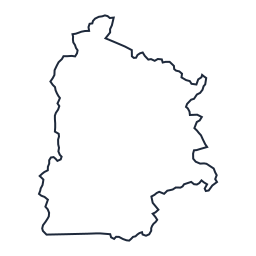 outline of Socorro, São Paulo, Brazil
{"feature_id": "56859067B26049884492789", "entity_name": "Socorro", "entity_type": "district", "adm_level": 2, "iso_a3": "BRA", "parent_name": "Brazil", "parent_adm1": "São Paulo", "projection": "robinson", "projection_center": [-46.516, -22.599], "detail": "fine", "context": "isolated", "style": "outline", "palette": "slate", "viewbox_px": 256, "rotation_deg": 0, "n_neighbors": 0, "source": "geoboundaries", "source_scale": "gbopen_adm2", "svg_char_len": 2650}
<svg xmlns="http://www.w3.org/2000/svg" viewBox="0 0 256 256"><path d="M169.7,61.9L165.4,61.9L162.7,62.5L161.8,59.4L157.8,59.0L154.7,60.8L151.0,59.1L148.3,59.6L144.8,55.9L142.7,52.5L140.0,53.3L137.5,55.0L136.1,57.7L133.8,57.9L131.9,56.3L131.8,50.1L124.9,46.5L115.8,42.6L105.5,38.3L110.1,32.5L110.1,29.1L111.9,25.3L113.7,17.6L109.8,18.0L107.6,16.1L104.9,15.4L102.3,16.3L98.8,16.8L95.1,18.6L93.0,20.9L92.3,23.4L89.6,23.8L88.5,27.1L89.1,30.9L85.0,31.0L81.4,31.7L78.7,32.7L75.8,33.7L72.5,34.2L73.1,36.7L72.9,39.2L73.3,42.4L75.0,45.0L76.0,48.0L77.6,50.3L77.0,53.3L75.1,56.4L71.8,55.9L67.2,56.2L63.5,56.2L61.9,59.1L58.6,62.2L56.9,65.4L54.6,70.2L54.4,75.0L52.7,78.2L50.4,81.5L52.7,84.8L55.0,87.1L55.6,90.3L56.9,93.3L58.4,96.0L59.9,98.0L58.8,100.7L57.5,103.4L59.3,106.1L58.1,109.6L55.9,112.8L54.9,115.6L54.9,119.0L55.2,123.3L55.2,127.5L54.9,131.6L58.7,133.8L59.0,136.5L58.1,139.6L58.2,144.4L59.0,147.8L58.4,151.4L59.8,154.8L61.6,156.7L60.7,159.4L57.4,160.9L55.6,158.8L53.6,157.1L50.9,157.5L49.2,160.2L49.2,163.6L47.9,166.8L47.8,170.3L44.4,172.0L42.2,173.7L39.7,176.0L41.8,178.0L43.4,179.6L43.0,182.4L42.5,185.1L40.7,188.4L40.2,190.8L39.0,193.9L41.3,195.7L44.5,196.9L47.9,199.7L46.8,202.8L45.4,206.7L47.7,209.3L49.1,212.8L48.8,216.4L47.6,218.6L45.6,221.7L43.0,225.2L42.2,228.4L42.9,230.9L46.5,234.6L61.2,234.3L66.2,234.2L88.0,233.7L96.2,233.4L100.1,233.4L110.2,234.2L111.1,237.3L114.1,238.9L116.1,236.8L119.0,236.9L122.9,239.0L126.5,240.3L129.2,240.6L131.2,238.8L133.0,236.9L135.5,236.3L137.4,234.5L139.4,233.1L142.0,232.2L142.6,234.5L146.0,235.7L149.2,234.3L151.2,230.8L151.2,228.2L152.1,225.9L153.5,223.8L155.6,222.0L157.2,219.8L155.5,217.1L152.7,213.7L155.4,212.4L158.4,209.7L152.7,202.8L151.9,199.1L151.4,196.5L154.4,194.9L156.7,193.0L159.2,191.8L164.1,193.8L167.3,190.7L170.2,190.1L172.7,189.5L175.8,187.5L180.5,187.6L182.6,186.4L184.0,184.3L191.2,181.9L194.0,184.2L196.9,184.5L199.3,183.1L201.5,180.4L203.8,182.3L207.1,184.3L204.7,188.6L205.8,191.0L208.7,190.5L212.3,185.5L217.0,182.0L215.2,179.1L216.7,175.2L215.2,172.4L213.7,168.5L206.5,163.8L204.1,163.4L200.1,163.6L195.7,161.7L193.2,158.7L193.1,153.6L194.0,150.3L196.6,150.1L199.8,149.1L207.1,147.0L205.2,144.2L202.6,138.9L201.0,135.3L198.9,133.0L196.9,130.5L194.4,128.1L195.6,125.0L196.8,122.0L199.7,120.4L201.8,117.0L197.2,114.7L189.9,115.0L189.5,111.6L187.8,108.4L186.0,106.9L187.1,103.9L191.1,99.7L194.0,98.8L196.9,94.5L200.1,92.9L202.5,89.8L203.6,86.2L205.2,84.4L206.2,78.0L203.8,76.3L202.1,74.9L201.4,77.3L198.2,79.4L196.4,84.5L191.5,83.8L189.8,81.1L186.1,80.1L181.5,77.4L182.0,73.7L179.3,71.4L176.0,70.6L174.2,69.1L173.9,65.9L169.7,61.9Z" fill="none" stroke="#1e293b" stroke-width="2"/></svg>